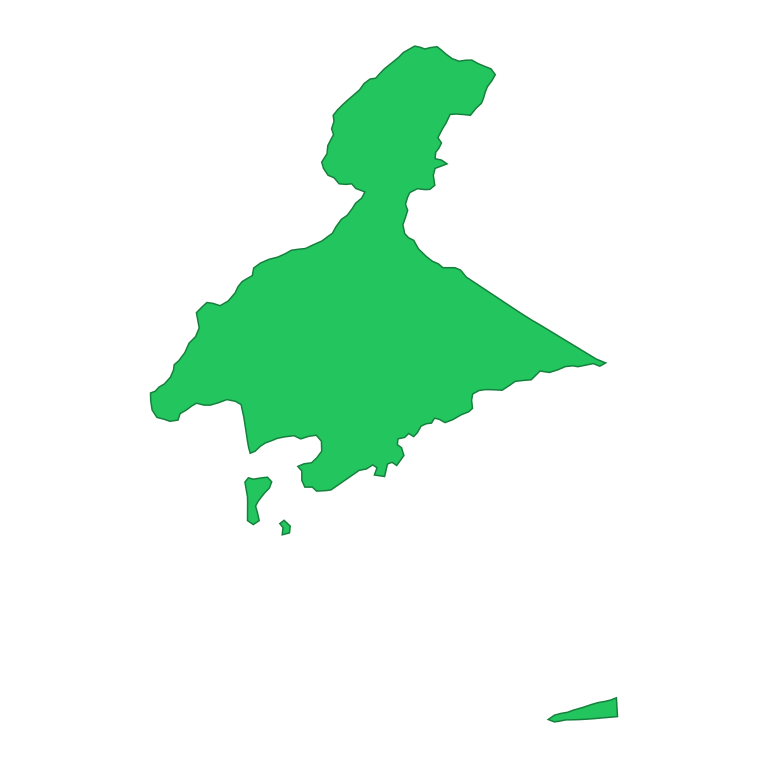 Itaguaí, Rio de Janeiro, Brazil (Albers equal-area conic projection)
{"feature_id": "56859067B25747814882547", "entity_name": "Itaguaí", "entity_type": "district", "adm_level": 2, "iso_a3": "BRA", "parent_name": "Brazil", "parent_adm1": "Rio de Janeiro", "projection": "albers", "projection_center": [-43.809, -22.874], "detail": "fine", "context": "isolated", "style": "filled", "palette": "green", "viewbox_px": 768, "rotation_deg": 0, "n_neighbors": 0, "source": "geoboundaries", "source_scale": "gbopen_adm2", "svg_char_len": 3404}
<svg xmlns="http://www.w3.org/2000/svg" viewBox="0 0 768 768"><path d="M471.8,60.1L465.8,60.2L459.1,61.2L452.2,58.7L445.7,53.9L441.9,50.5L437.1,46.7L430.2,47.6L424.9,49.0L420.3,47.3L414.7,46.1L408.8,49.4L403.2,52.6L398.6,57.4L392.4,62.4L384.3,68.9L379.0,74.4L375.7,78.2L370.1,79.0L364.1,83.5L359.6,89.8L353.9,94.8L346.9,100.8L342.1,105.3L337.5,109.9L333.2,115.3L334.0,121.4L331.6,128.7L333.5,134.7L330.6,140.1L327.8,145.6L327.0,153.7L321.7,162.1L323.5,168.4L328.1,175.3L334.0,177.7L339.1,183.8L345.9,184.4L351.7,183.8L355.8,188.5L364.9,191.9L361.7,198.1L355.5,203.3L352.1,208.8L347.2,215.3L341.3,219.4L335.9,226.9L332.4,233.3L327.9,236.5L321.9,241.0L313.0,244.9L305.5,248.5L298.8,249.2L291.5,250.2L284.6,254.0L277.4,257.2L269.0,259.3L260.4,263.1L253.7,268.0L252.3,275.6L246.7,278.8L242.1,281.6L238.0,286.7L235.2,292.8L228.2,301.0L220.1,305.7L213.1,303.4L206.9,302.5L201.8,307.2L196.4,312.7L197.8,320.3L199.2,327.9L195.6,336.6L189.1,343.1L184.8,352.7L178.7,360.8L174.2,364.7L173.5,370.1L170.4,377.2L164.4,383.9L158.9,387.2L155.3,391.2L150.5,393.0L150.7,400.6L152.1,409.9L156.9,417.4L164.5,419.4L169.9,421.3L178.0,420.1L180.1,413.6L186.2,410.1L191.7,406.0L196.5,403.2L204.0,405.1L210.4,405.1L218.3,402.8L226.9,399.6L235.4,401.3L241.1,404.6L243.8,417.1L246.1,431.9L247.5,441.3L248.6,447.3L250.2,453.3L255.1,451.2L260.4,446.2L265.3,443.0L271.8,440.6L277.1,438.4L284.3,436.9L294.0,435.7L300.7,438.9L308.8,436.3L316.3,435.2L321.4,441.2L321.7,451.2L316.9,457.7L311.5,462.8L304.0,463.8L297.8,466.4L301.8,471.0L301.8,480.3L304.8,487.1L312.3,487.1L316.6,491.1L326.0,490.6L331.0,489.9L359.1,470.4L366.3,469.0L372.7,464.9L377.0,467.8L374.4,475.0L384.6,476.5L386.2,469.5L387.5,464.0L392.1,462.3L396.7,465.5L403.9,455.5L401.5,447.7L397.4,444.7L397.9,438.9L404.7,437.4L408.7,433.5L413.6,436.6L417.3,432.8L421.1,426.1L426.5,423.7L431.5,423.1L434.5,418.2L439.4,419.4L445.0,422.6L452.3,419.9L461.4,414.7L468.7,411.8L472.5,408.4L471.6,400.2L472.7,394.0L479.1,390.5L485.6,389.6L491.7,389.7L502.2,390.2L510.1,385.0L515.1,381.4L523.5,380.4L531.2,379.8L540.1,371.0L549.3,372.5L557.6,369.9L565.3,366.6L572.9,365.8L577.8,366.7L584.0,365.5L593.3,363.6L599.8,366.2L605.7,362.9L596.3,359.1L540.5,325.2L531.2,319.8L520.3,312.9L466.3,277.1L460.6,270.1L454.9,267.7L448.7,267.7L442.9,267.7L438.6,264.0L432.2,261.1L426.4,256.6L418.4,248.8L413.7,240.3L408.5,237.7L404.7,233.6L402.9,224.8L405.5,217.3L407.7,210.3L405.5,204.5L407.5,197.4L409.8,192.6L417.4,188.7L424.9,189.6L429.8,189.4L434.8,185.3L433.3,175.3L435.1,168.4L440.7,166.3L447.0,163.9L441.6,160.1L435.1,158.7L435.7,152.3L438.9,148.2L441.5,142.9L437.9,137.7L442.2,129.3L446.2,122.8L450.1,114.4L456.4,114.0L464.2,114.6L470.4,115.3L476.0,108.3L481.4,103.3L483.6,98.0L485.0,92.8L487.3,86.9L492.2,80.2L495.3,74.7L491.0,68.9L484.3,66.2L478.1,63.6L471.8,60.1ZM616.4,697.8L610.8,700.0L605.4,701.3L598.1,702.6L591.8,704.4L583.2,707.3L573.8,710.0L567.5,712.3L560.9,713.4L554.4,715.2L548.2,719.5L554.4,721.9L559.5,721.2L565.6,719.9L571.6,719.8L578.9,719.6L586.1,719.2L593.5,718.7L602.1,717.9L607.2,717.5L617.5,716.6L616.4,697.8ZM247.5,520.6L253.3,524.6L259.2,520.6L257.5,512.8L255.6,506.1L258.1,501.4L261.2,497.2L264.7,492.9L269.4,488.0L271.7,481.8L267.4,477.2L260.4,478.0L253.5,479.2L248.4,477.8L244.9,482.1L247.5,496.8L247.6,503.1L247.5,520.6ZM289.5,532.9L290.2,526.1L284.1,520.3L279.8,523.6L283.0,527.6L282.2,534.8L289.5,532.9Z" fill="#22c55e" stroke="#15803d" stroke-width="1.5"/></svg>